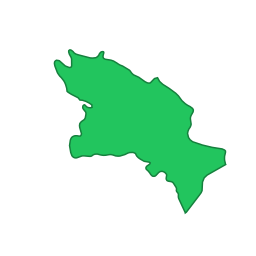 the County of Olt, rotated 310°
{"feature_id": "ROU-126", "entity_name": "Olt", "entity_type": "County", "adm_level": 1, "iso_a3": "ROU", "parent_name": "Romania", "parent_adm1": "", "projection": "orthographic", "projection_center": [24.399, 44.334], "detail": "fine", "context": "isolated", "style": "filled", "palette": "green", "viewbox_px": 256, "rotation_deg": 310, "n_neighbors": 0, "source": "natural_earth", "source_scale": "10m", "svg_char_len": 2812}
<svg xmlns="http://www.w3.org/2000/svg" viewBox="0 0 256 256"><g transform="rotate(310 128 128)"><path d="M101.0,226.8L99.8,226.5L99.9,226.4L106.6,212.1L107.5,210.9L109.7,209.1L110.2,208.2L110.6,206.2L111.0,205.4L112.7,204.2L113.4,203.1L114.9,198.4L115.1,197.2L114.8,195.8L113.1,192.9L112.8,191.5L113.5,190.0L114.6,189.2L116.9,187.8L117.4,186.7L117.6,185.2L117.4,183.5L116.7,181.9L115.1,180.5L113.5,180.1L109.7,179.9L108.7,179.7L107.7,179.0L107.0,178.0L106.8,177.0L107.0,175.2L107.5,173.8L108.0,171.3L108.1,169.2L108.2,168.3L108.7,167.6L109.4,167.1L110.6,166.9L111.9,167.2L113.3,167.6L114.7,167.8L115.6,167.4L115.5,166.3L112.9,161.8L112.1,157.6L111.9,155.1L112.1,152.9L112.6,151.5L113.2,150.4L113.1,149.0L112.4,147.4L110.2,145.0L108.7,144.0L105.7,142.7L101.3,139.8L100.0,138.4L98.7,136.5L97.7,133.9L96.7,132.0L95.5,130.7L92.8,128.4L91.3,126.8L89.9,124.6L88.3,121.2L86.6,119.4L85.1,118.6L83.7,118.3L82.5,117.8L81.5,116.7L78.3,112.1L77.0,110.7L72.2,107.9L71.1,106.7L70.6,105.4L70.5,104.1L70.7,102.9L72.4,99.9L77.0,94.5L81.7,91.6L82.9,91.2L84.5,90.9L85.9,91.2L87.2,91.8L88.2,92.6L89.2,93.8L90.4,95.8L91.3,96.7L92.2,96.7L93.7,96.1L97.5,90.5L98.8,89.2L100.3,88.3L101.6,88.1L103.1,88.2L106.0,89.0L107.2,89.0L108.4,88.7L111.9,86.7L113.0,85.4L113.7,81.9L114.3,80.4L115.8,79.3L117.0,79.3L117.7,79.6L117.9,80.3L117.7,82.0L117.7,83.1L118.0,84.2L118.7,85.4L119.6,86.5L120.7,87.2L121.5,86.3L122.5,85.5L122.2,82.4L121.3,78.5L120.0,75.3L118.5,73.2L119.1,70.3L117.4,62.9L116.9,59.3L116.9,57.8L119.1,55.4L121.1,52.4L122.2,50.3L122.9,48.4L123.7,44.6L123.9,42.3L124.4,40.3L125.0,38.4L128.4,32.3L129.3,31.1L130.3,30.0L131.5,29.3L132.6,29.2L133.9,29.6L134.8,31.0L135.4,32.2L135.2,40.1L136.6,44.2L137.4,44.9L138.5,45.3L139.5,44.8L144.4,40.6L145.2,39.6L145.7,38.6L146.9,35.5L148.2,33.6L149.2,32.9L150.3,33.1L151.0,34.0L151.2,35.4L151.2,36.9L150.9,38.5L151.1,40.4L152.0,42.7L157.4,54.0L158.8,55.9L161.2,58.2L163.1,58.8L165.0,58.8L166.9,58.3L169.0,58.5L170.0,59.2L170.6,60.1L170.5,60.7L169.9,61.2L167.8,62.2L166.7,62.9L166.0,63.7L165.7,64.7L166.0,66.3L169.0,71.3L170.0,73.9L170.6,77.7L170.8,79.7L171.1,81.4L172.0,84.1L173.2,91.8L173.1,92.9L172.5,95.1L172.3,96.6L172.3,98.1L173.8,103.7L174.4,111.3L175.0,113.8L175.9,115.3L177.0,116.1L182.9,116.5L185.5,118.3L184.0,122.2L183.9,123.9L183.8,126.6L184.8,134.1L185.3,142.2L185.0,146.0L183.6,151.7L183.4,156.3L183.7,159.1L184.3,161.8L184.5,164.9L183.8,166.5L182.2,167.5L178.1,168.3L176.5,168.9L175.1,169.9L171.5,173.9L170.2,174.6L168.5,175.1L166.4,175.3L164.4,175.9L162.1,177.1L159.6,180.5L158.9,183.1L159.0,186.3L162.8,196.0L167.2,204.8L172.5,213.6L173.2,216.2L173.0,217.5L171.9,218.4L168.5,220.1L166.8,221.4L165.4,222.7L162.9,226.0L162.8,226.3L142.9,218.9L138.8,218.4L134.5,219.8L127.6,225.0L125.5,225.6L122.8,225.8L101.0,226.8Z" fill="#22c55e" stroke="#15803d" stroke-width="1.5"/></g></svg>